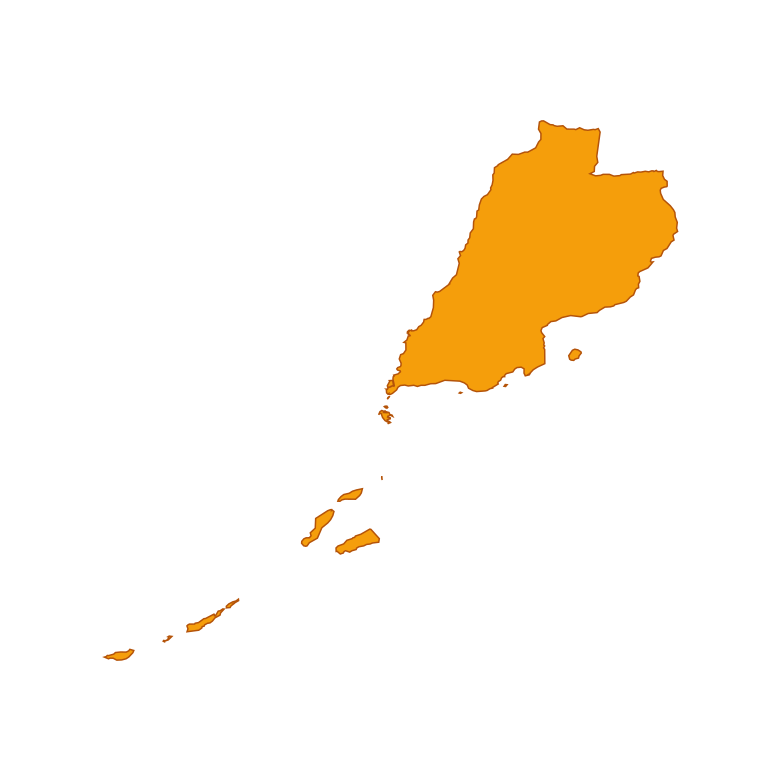 outline of Seram Bagian Timur, Maluku, Indonesia, rotated 83°
{"feature_id": "22746128B38603798591380", "entity_name": "Seram Bagian Timur", "entity_type": "district", "adm_level": 2, "iso_a3": "IDN", "parent_name": "Indonesia", "parent_adm1": "Maluku", "projection": "equal_earth", "projection_center": [130.853, -3.88], "detail": "fine", "context": "isolated", "style": "filled", "palette": "amber", "viewbox_px": 768, "rotation_deg": 83, "n_neighbors": 0, "source": "geoboundaries", "source_scale": "gbopen_adm2", "svg_char_len": 6151}
<svg xmlns="http://www.w3.org/2000/svg" viewBox="0 0 768 768"><g transform="rotate(83 384 384)"><path d="M142.9,197.8L149.9,199.6L154.5,197.7L160.4,198.5L162.6,201.0L168.1,204.7L171.4,213.1L171.0,216.0L172.5,222.6L171.5,228.7L176.1,233.9L180.2,243.9L181.1,244.4L182.8,248.0L188.0,248.9L189.7,250.5L195.2,251.0L199.5,252.4L202.4,254.3L204.2,254.2L208.7,258.3L210.0,261.9L212.3,264.8L217.8,267.5L222.8,268.8L223.7,270.6L229.4,271.7L231.0,272.8L231.2,274.1L234.0,275.3L240.8,276.4L244.6,280.0L249.3,281.1L251.3,283.0L254.3,283.5L255.9,286.0L259.2,287.0L261.1,288.6L262.2,290.6L261.7,292.4L262.1,293.2L265.9,292.4L268.7,295.4L273.4,294.6L284.4,298.8L287.2,303.0L292.4,307.1L292.7,306.7L298.9,317.5L299.3,319.9L298.7,321.7L301.9,324.8L306.9,324.5L314.3,325.7L322.9,329.3L324.4,331.4L324.1,332.1L325.0,334.3L324.8,336.3L327.3,337.1L330.2,339.9L331.3,342.5L334.1,344.9L334.8,348.1L334.6,350.1L333.8,350.1L334.4,352.8L333.9,352.8L334.9,354.3L336.2,354.7L334.6,353.4L335.0,352.9L336.4,354.4L336.7,353.7L337.9,353.8L337.9,352.8L339.2,352.2L339.6,354.2L343.1,355.9L345.1,359.2L345.8,357.3L352.9,358.1L356.2,361.0L356.9,363.9L361.0,365.8L365.4,364.5L367.7,364.9L368.7,365.6L369.4,368.4L370.6,369.5L371.8,368.9L373.0,366.3L373.9,366.2L375.7,368.9L376.4,373.3L377.3,373.0L378.0,374.0L380.1,374.5L386.9,374.0L387.3,374.7L386.8,375.3L387.9,378.6L387.9,380.0L389.5,381.2L389.4,382.3L389.9,381.7L390.3,382.4L393.1,382.5L394.5,381.4L394.0,380.4L394.7,380.6L395.1,378.9L394.3,376.7L391.4,372.2L388.9,370.5L387.5,367.8L387.6,363.5L388.9,360.2L388.9,354.6L390.5,351.1L389.8,347.4L390.3,343.6L389.4,337.6L389.9,332.6L387.7,323.2L390.4,308.4L392.7,304.1L395.2,301.5L398.5,300.6L401.3,296.6L402.8,293.0L403.2,284.4L403.0,282.5L401.6,279.4L401.3,276.7L400.8,276.9L397.9,270.6L396.8,271.0L395.5,270.1L394.4,267.8L392.2,266.5L391.3,265.1L391.4,263.3L390.3,263.4L388.6,261.4L387.7,254.7L385.1,252.4L383.9,250.0L384.0,245.8L386.0,243.1L390.3,243.7L393.1,242.8L392.6,238.7L392.1,238.3L392.6,240.7L391.7,238.5L388.0,234.1L385.8,229.4L383.4,221.9L369.2,220.3L367.6,221.2L365.8,219.9L364.7,220.7L362.7,220.0L358.3,220.7L356.5,218.7L352.2,221.3L350.1,221.7L347.3,220.1L345.7,214.7L344.9,214.6L342.4,210.8L342.3,205.7L339.7,199.2L338.8,190.4L341.2,180.6L341.1,179.2L338.9,172.7L339.1,163.8L337.2,161.2L334.6,155.4L335.0,149.8L334.5,146.4L333.4,145.2L332.3,136.1L331.4,133.4L327.7,129.0L326.0,125.5L321.2,122.9L320.0,121.6L319.5,119.5L315.9,119.3L313.3,117.5L308.3,117.7L307.6,118.9L304.7,118.1L303.6,116.5L300.9,107.8L295.6,102.1L295.6,103.9L294.6,104.6L291.9,103.2L291.2,99.2L291.3,95.5L290.6,93.4L285.5,90.4L284.0,86.6L277.9,81.6L276.5,78.6L271.8,79.1L270.6,78.3L268.4,74.0L265.0,74.6L259.3,73.2L253.7,74.6L249.2,74.4L246.3,75.5L242.0,78.1L234.9,84.3L228.5,86.2L225.3,86.2L223.6,85.1L222.7,81.8L222.6,79.3L222.0,78.8L217.3,78.3L215.0,80.7L211.0,82.0L206.8,81.1L206.7,85.3L206.3,86.8L205.2,87.7L206.0,90.2L205.3,90.8L205.1,92.5L205.7,95.4L204.7,98.7L205.0,103.3L204.4,106.4L205.1,110.1L204.5,110.7L205.7,113.7L205.1,123.0L205.9,124.4L205.7,130.5L203.4,134.7L202.6,141.0L203.3,143.5L203.2,148.6L200.4,154.0L198.7,149.4L193.6,148.5L190.1,144.8L184.0,145.1L160.3,138.8L156.6,140.2L157.3,143.4L156.8,145.1L157.0,150.7L156.1,154.3L153.5,158.6L154.9,162.6L154.2,164.3L153.3,171.4L149.5,174.9L149.3,180.8L148.3,183.6L147.4,184.6L146.8,187.5L142.3,193.5L142.1,195.6L142.9,197.8ZM536.9,407.5L526.7,414.7L526.3,415.8L530.3,425.3L531.4,430.9L532.7,431.9L532.8,433.5L533.6,434.5L534.6,439.9L537.8,443.5L539.2,449.4L540.9,451.6L544.4,451.9L544.3,451.0L547.4,448.1L546.8,445.0L545.4,444.0L544.8,442.5L546.7,438.5L545.6,436.2L544.9,431.8L543.6,431.2L542.5,428.9L542.2,423.8L541.1,420.8L541.1,417.2L540.4,414.8L540.4,408.5L536.9,407.5ZM508.5,450.9L504.4,449.2L502.5,451.1L502.8,451.4L502.3,451.3L502.2,452.5L502.9,455.3L509.1,468.2L518.7,469.8L522.7,475.3L525.8,474.9L527.5,476.8L527.2,480.1L527.9,482.4L530.1,484.8L532.1,485.2L534.8,483.4L535.5,481.4L535.3,480.1L532.4,477.4L528.9,468.9L519.1,463.2L515.0,456.7L512.1,453.5L508.5,450.9ZM587.9,570.1L587.6,571.4L589.1,574.3L589.2,576.2L593.5,579.5L593.3,581.2L593.2,580.0L591.7,580.8L595.0,589.7L595.0,591.4L598.2,597.2L598.4,600.6L599.2,601.2L598.6,606.5L599.2,608.0L600.1,609.1L603.1,608.4L605.9,609.7L605.8,597.9L604.0,594.6L602.6,594.0L602.5,592.1L601.2,591.4L600.0,588.4L599.9,585.8L598.4,583.2L595.5,580.2L593.4,574.9L591.3,574.1L587.9,570.1ZM620.1,666.0L618.0,664.8L616.4,668.6L617.8,670.0L618.7,672.6L617.9,678.0L617.8,683.3L619.2,685.2L620.0,690.4L619.7,691.7L620.7,693.0L621.0,694.8L623.2,690.9L622.7,689.4L623.2,686.2L625.5,682.9L625.9,678.0L625.3,673.5L623.9,670.6L620.1,666.0ZM493.5,436.8L494.9,426.3L491.7,421.7L489.4,419.8L485.3,418.2L485.8,424.2L486.6,428.4L488.2,431.8L488.8,437.4L490.5,440.4L493.1,443.3L494.7,444.1L495.0,442.0L493.9,439.9L493.5,436.8ZM378.4,197.2L382.0,196.7L383.1,195.4L383.7,192.8L382.5,191.2L382.0,187.8L379.8,186.9L377.3,184.4L376.1,184.6L373.8,187.3L372.7,190.4L373.5,192.9L378.4,197.2ZM415.8,381.4L417.2,379.3L415.9,379.8L414.9,382.0L412.9,382.5L411.8,385.2L412.8,384.9L412.3,387.7L411.7,386.8L411.8,385.6L410.9,386.1L410.9,387.9L410.0,389.4L410.9,391.3L413.8,393.1L412.7,391.6L413.0,390.4L417.1,389.5L420.5,387.4L422.0,385.3L421.7,383.6L420.6,385.2L419.7,385.1L419.3,382.0L418.4,381.9L417.3,384.5L416.4,384.1L415.8,381.4ZM387.1,374.7L381.5,375.0L381.3,378.3L382.0,378.0L386.1,380.9L387.7,380.7L387.7,378.6L387.1,377.3L386.7,375.3L387.1,374.7ZM581.3,554.7L579.8,554.7L581.3,557.4L581.8,560.7L583.4,564.9L585.4,567.6L587.0,567.7L587.1,564.0L585.6,562.9L583.9,560.0L583.7,560.5L581.3,554.7ZM611.7,629.3L608.7,625.3L608.0,627.9L608.5,629.0L608.7,628.4L611.3,629.8L612.2,632.2L611.7,634.0L612.4,634.5L613.2,633.2L612.5,633.0L611.7,629.3ZM407.7,383.1L406.3,383.8L406.1,385.6L406.5,386.5L408.1,384.9L408.1,384.0L407.6,385.3L406.6,384.9L406.9,384.1L408.2,383.8L407.7,383.1ZM401.3,263.6L399.7,261.9L399.3,263.7L400.9,265.1L401.3,263.6ZM402.1,310.4L402.6,309.2L402.1,308.0L401.4,309.4L402.1,310.4ZM396.7,379.8L398.0,381.8L399.5,382.5L397.3,380.2L396.7,379.8ZM423.9,385.2L423.1,382.4L422.5,383.2L423.9,385.2ZM479.1,397.6L475.1,397.4L476.6,397.7L479.1,397.6Z" fill="#f59e0b" stroke="#b45309" stroke-width="1.5"/></g></svg>